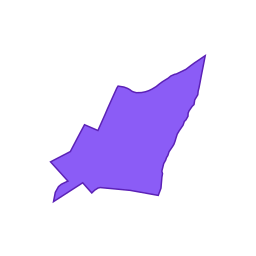 São Pedro do Paraná, Paraná, Brazil, rotated 25°
{"feature_id": "56859067B21029400594343", "entity_name": "São Pedro do Paraná", "entity_type": "district", "adm_level": 2, "iso_a3": "BRA", "parent_name": "Brazil", "parent_adm1": "Paraná", "projection": "equal_earth", "projection_center": [-53.17, -22.776], "detail": "fine", "context": "isolated", "style": "filled", "palette": "violet", "viewbox_px": 256, "rotation_deg": 25, "n_neighbors": 0, "source": "geoboundaries", "source_scale": "gbopen_adm2", "svg_char_len": 1057}
<svg xmlns="http://www.w3.org/2000/svg" viewBox="0 0 256 256"><g transform="rotate(25 128 128)"><path d="M183.9,176.3L183.3,168.6L179.5,158.2L178.6,154.8L176.9,152.8L175.4,145.2L175.7,141.1L175.4,138.6L175.7,136.0L175.2,132.1L176.2,126.0L176.5,123.4L176.2,119.8L175.8,117.4L175.2,112.7L175.6,108.8L176.7,102.2L176.3,98.3L177.1,96.0L177.4,92.0L176.2,89.1L176.1,86.6L177.0,81.2L177.9,78.9L176.6,74.3L177.2,68.4L176.0,64.9L175.4,61.7L173.9,55.7L172.4,49.9L169.0,36.1L167.4,29.8L160.8,40.8L158.6,44.8L155.7,50.4L150.8,56.4L149.0,58.6L147.5,59.7L144.8,62.8L143.4,65.8L139.7,71.4L137.8,74.9L136.0,78.6L133.3,82.6L131.2,85.2L128.5,87.8L125.2,90.2L120.6,92.5L117.5,93.0L115.7,93.0L113.6,92.5L110.8,92.3L107.0,92.6L101.3,94.2L101.0,96.6L101.1,105.3L101.2,112.1L101.3,119.2L101.5,125.4L101.8,143.0L87.2,143.4L86.4,158.4L86.1,165.0L85.7,173.7L72.1,191.4L96.0,201.5L94.0,203.9L91.4,207.1L89.8,210.4L89.3,217.0L91.6,226.2L110.1,196.8L122.6,202.2L124.1,198.4L126.2,195.1L128.0,193.7L156.3,183.6L183.9,176.3Z" fill="#8b5cf6" stroke="#5b21b6" stroke-width="1.5"/></g></svg>